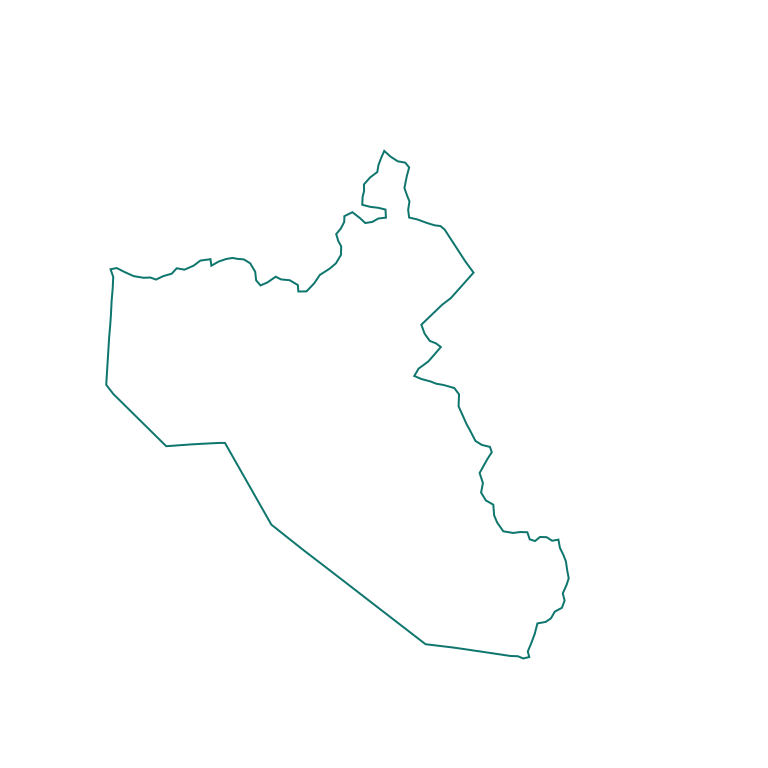 the district of Igaci, Alagoas, Brazil, rotated 219°
{"feature_id": "56859067B49327509467855", "entity_name": "Igaci", "entity_type": "district", "adm_level": 2, "iso_a3": "BRA", "parent_name": "Brazil", "parent_adm1": "Alagoas", "projection": "natural_earth1", "projection_center": [-36.674, -9.569], "detail": "fine", "context": "isolated", "style": "outline", "palette": "teal", "viewbox_px": 768, "rotation_deg": 219, "n_neighbors": 0, "source": "geoboundaries", "source_scale": "gbopen_adm2", "svg_char_len": 2133}
<svg xmlns="http://www.w3.org/2000/svg" viewBox="0 0 768 768"><g transform="rotate(219 384 384)"><path d="M522.4,564.8L530.5,565.3L528.5,558.0L526.1,550.7L522.6,544.5L524.8,535.8L525.2,526.5L520.9,521.4L518.4,516.0L513.7,509.6L506.2,513.0L499.4,517.3L492.6,520.5L487.2,514.5L492.6,509.0L495.0,502.7L499.9,497.3L507.1,497.8L516.7,497.6L520.4,489.5L516.9,484.9L515.4,477.7L515.5,470.4L509.4,466.3L503.9,464.0L498.7,457.3L497.3,447.5L498.8,439.5L502.5,428.4L501.6,418.3L502.5,407.2L508.8,402.0L513.2,406.7L522.6,405.3L529.8,400.5L535.7,399.2L538.5,389.6L542.0,382.9L548.6,384.1L554.8,390.2L564.0,393.6L571.4,392.6L576.4,389.2L581.2,386.5L585.4,381.7L589.6,375.0L592.6,367.3L597.4,371.8L604.4,364.3L606.4,356.2L611.0,347.3L617.9,343.5L618.4,336.1L623.4,329.0L626.9,321.7L632.6,319.7L637.6,315.3L646.4,310.3L656.3,307.7L664.7,305.9L668.7,301.1L661.8,296.8L655.4,288.1L651.7,282.7L647.7,276.8L644.2,272.0L640.1,266.4L634.4,258.3L627.1,247.5L599.4,208.6L588.2,205.9L514.1,198.6L495.2,216.3L480.6,229.5L475.3,234.2L470.5,238.1L431.2,222.7L383.0,203.8L342.4,204.2L315.9,204.9L300.2,205.3L256.3,206.3L188.0,207.9L165.1,222.3L158.8,226.1L114.6,252.2L108.6,256.7L103.1,258.3L99.3,263.2L103.9,266.6L106.5,275.4L109.5,284.4L114.1,294.5L108.6,300.9L106.8,306.9L108.0,314.6L104.9,322.1L107.4,329.4L113.3,333.8L115.8,343.1L118.2,349.3L124.5,354.6L131.1,360.7L137.5,364.3L144.1,367.3L150.5,372.8L154.7,368.0L161.2,367.3L166.5,363.3L167.8,357.0L173.0,355.0L179.3,359.0L185.1,354.6L189.9,349.5L198.6,344.6L209.0,347.6L215.7,351.2L223.1,359.0L231.5,357.6L240.2,360.7L244.8,369.3L253.7,375.0L256.4,390.6L257.3,398.8L262.1,401.8L269.7,398.2L277.1,397.3L287.8,402.0L294.2,404.6L312.0,413.6L319.2,423.2L326.8,425.1L337.1,420.7L343.8,417.0L349.3,415.3L358.1,411.4L365.5,409.3L366.8,417.7L363.8,429.2L363.4,437.8L363.1,448.5L369.2,448.3L375.6,446.3L384.2,448.7L392.3,453.6L388.7,482.2L386.1,492.9L384.5,526.9L398.1,530.5L434.1,542.2L439.5,542.3L444.5,539.2L451.9,536.2L461.6,532.9L469.2,529.2L474.8,534.5L479.1,541.9L485.2,545.3L491.5,549.2L497.2,560.1L500.7,568.1L506.8,569.4L513.5,565.7L522.4,564.8Z" fill="none" stroke="#0f766e" stroke-width="2"/></g></svg>